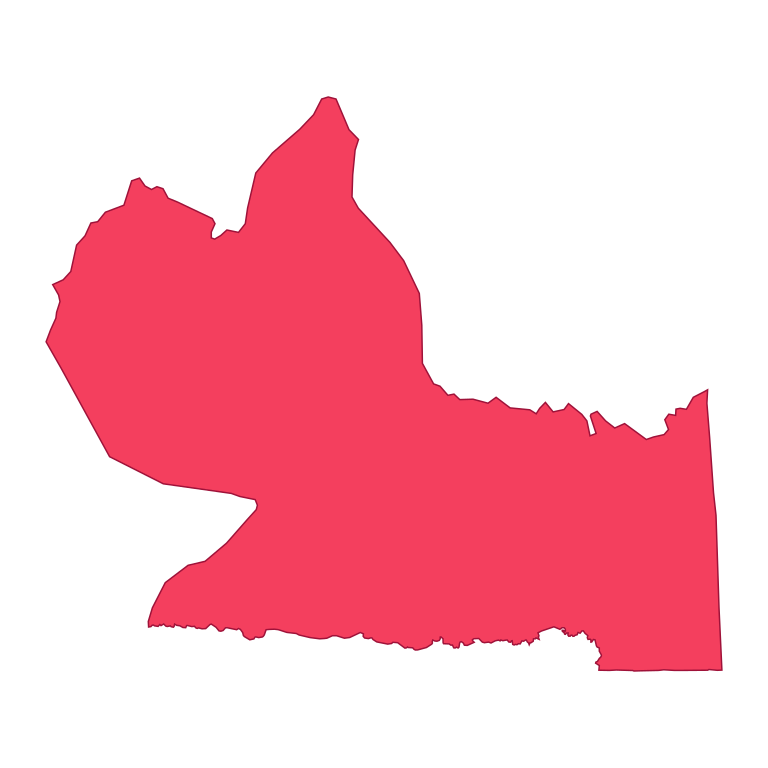 the district of Dja-Et-Lobo, Sud, Cameroon
{"feature_id": "32672807B39721432011370", "entity_name": "Dja-Et-Lobo", "entity_type": "district", "adm_level": 2, "iso_a3": "CMR", "parent_name": "Cameroon", "parent_adm1": "Sud", "projection": "natural_earth1", "projection_center": [12.712, 2.919], "detail": "fine", "context": "isolated", "style": "filled", "palette": "rose", "viewbox_px": 768, "rotation_deg": 0, "n_neighbors": 0, "source": "geoboundaries", "source_scale": "gbopen_adm2", "svg_char_len": 4336}
<svg xmlns="http://www.w3.org/2000/svg" viewBox="0 0 768 768"><path d="M131.7,180.8L123.9,205.2L105.4,212.2L97.7,221.7L90.9,223.0L85.1,235.7L83.8,237.2L76.6,245.1L70.8,271.5L63.2,279.8L52.7,284.6L58.6,295.0L60.0,301.6L56.6,312.3L55.9,318.2L50.6,329.9L46.1,341.8L61.4,368.7L99.7,438.6L109.6,456.7L163.3,483.8L231.3,493.4L239.9,496.5L255.2,499.6L257.4,505.2L256.3,509.6L248.6,518.1L246.9,520.0L226.5,543.2L219.4,549.2L205.1,561.3L188.1,565.3L165.3,582.6L152.4,607.8L148.3,621.5L148.6,627.0L150.9,626.6L152.2,625.2L153.6,625.1L154.4,625.8L158.1,626.4L159.9,624.5L161.0,625.6L163.7,624.0L165.8,626.1L167.2,626.5L170.4,625.9L171.1,626.7L173.4,627.2L174.1,626.4L174.6,624.1L176.6,625.3L179.9,625.8L182.9,627.5L184.6,627.6L185.7,627.7L186.6,625.6L187.6,625.5L191.8,626.6L194.4,626.3L196.0,628.0L197.3,628.4L198.6,627.9L202.0,628.8L205.7,628.6L210.0,624.5L211.3,624.1L216.1,627.3L219.0,630.9L220.9,631.2L223.1,630.5L225.5,627.8L227.3,627.7L227.6,627.8L231.3,628.6L236.7,629.7L238.5,628.5L240.4,629.4L242.7,632.6L243.4,635.5L244.4,636.6L249.8,639.8L253.9,638.9L254.8,637.3L255.7,636.9L258.7,637.6L262.3,637.0L263.2,636.4L264.3,634.9L266.1,629.7L269.3,629.4L274.4,629.2L277.9,629.6L279.1,629.9L286.8,632.4L296.3,633.5L299.1,635.0L310.2,637.6L319.7,638.8L324.3,638.5L326.9,638.2L332.5,635.7L336.5,635.7L344.4,638.2L349.7,637.5L360.3,632.5L363.4,633.8L363.3,634.7L363.2,636.4L364.6,638.0L368.4,638.6L371.0,637.8L372.0,638.0L373.0,639.5L376.7,641.9L387.7,644.1L391.6,643.5L392.9,642.3L397.7,642.7L404.9,648.1L406.3,647.9L407.5,647.0L408.1,647.5L412.7,647.8L414.0,649.3L415.3,650.0L417.7,649.9L426.5,647.5L431.8,644.1L432.4,643.1L432.2,641.5L432.6,640.5L432.8,640.0L434.8,641.0L437.0,641.2L439.3,640.4L440.2,638.8L440.2,637.1L440.9,636.9L443.0,638.7L443.1,642.8L443.6,643.7L449.1,643.9L450.8,645.1L452.5,645.1L453.7,647.8L455.1,648.0L456.6,647.2L458.1,648.0L459.0,647.1L459.6,643.2L460.1,642.1L461.2,641.6L463.3,643.0L464.4,645.2L467.3,645.4L474.2,642.3L472.5,640.6L472.4,639.7L473.9,638.7L478.8,638.5L482.3,642.1L484.4,642.7L488.6,642.1L491.0,643.0L495.3,640.8L498.5,640.1L500.1,640.9L500.8,640.0L502.9,640.7L505.4,640.2L507.2,640.0L508.8,642.0L510.6,642.2L511.5,640.8L512.2,640.7L512.7,644.4L514.1,645.0L515.3,644.4L517.0,644.7L518.4,643.7L520.2,643.9L521.9,640.9L523.7,641.2L525.6,640.0L526.4,640.1L527.3,641.9L528.6,643.0L529.2,644.7L529.5,644.0L530.1,642.8L530.9,642.8L533.2,641.3L533.5,638.8L535.4,638.8L536.0,637.9L539.1,639.3L538.3,636.9L539.0,635.9L538.0,632.8L541.5,631.0L553.9,626.8L559.2,629.0L559.9,629.3L562.1,627.7L564.3,627.8L565.3,629.2L565.4,630.9L565.1,631.3L563.1,630.2L562.2,630.3L562.4,631.4L564.1,632.6L564.6,634.1L565.5,634.3L566.3,633.1L568.1,633.0L567.9,635.0L568.7,636.2L570.3,636.1L570.7,635.4L571.9,635.1L572.9,636.3L574.1,636.2L574.9,635.4L577.2,634.7L578.0,632.5L580.1,633.2L582.0,630.9L583.4,630.9L585.0,633.3L587.8,635.6L587.3,637.7L588.0,639.4L590.2,639.2L590.9,639.9L590.9,642.1L591.7,642.0L593.4,639.5L595.0,639.8L596.4,645.8L597.1,647.0L599.3,648.0L599.3,651.2L601.3,654.8L601.4,655.9L600.5,657.4L599.4,658.3L597.9,660.7L597.5,661.4L595.9,662.1L595.6,663.2L599.3,665.5L598.9,670.2L609.4,670.4L616.3,670.0L632.8,670.5L633.9,671.0L640.4,670.8L658.6,670.4L663.8,669.8L674.5,670.4L681.9,670.4L707.7,670.2L708.9,669.5L717.3,670.3L721.9,670.1L719.0,607.7L716.0,515.3L713.5,492.6L709.6,437.0L706.9,403.2L707.6,389.8L704.2,391.7L693.3,397.3L686.4,409.3L680.1,408.3L676.0,409.1L675.6,415.4L668.8,414.2L664.8,419.7L668.5,429.5L664.1,434.6L653.5,437.0L646.3,439.5L624.6,423.6L614.7,428.0L605.6,420.9L597.1,411.4L591.0,414.2L590.4,416.0L596.1,433.5L590.0,435.8L586.9,420.9L581.8,414.4L568.5,403.6L564.1,409.5L553.1,411.9L545.4,402.4L539.7,408.3L536.2,413.8L529.8,409.8L510.1,407.9L496.1,397.3L488.0,403.2L473.0,399.2L459.8,399.6L454.0,394.1L447.9,395.3L440.0,386.2L433.6,383.9L422.4,363.4L421.8,325.3L419.3,293.4L403.7,260.7L390.9,243.7L390.1,242.6L358.3,208.2L352.0,197.0L352.2,190.3L352.7,174.9L354.8,153.3L355.1,150.1L358.5,139.5L349.0,129.7L344.7,119.5L336.0,99.0L328.2,97.0L323.7,98.4L321.7,99.0L313.6,114.7L299.7,129.3L272.5,152.9L255.8,173.0L247.6,208.0L245.3,223.7L238.5,232.4L226.9,230.0L220.8,235.5L214.7,239.1L211.3,237.9L211.3,232.0L215.0,223.7L212.3,218.6L177.6,202.1L168.1,198.2L163.0,188.7L156.9,186.7L151.5,189.5L145.0,186.0L139.5,178.1L131.7,180.8Z" fill="#f43f5e" stroke="#9f1239" stroke-width="1.5"/></svg>